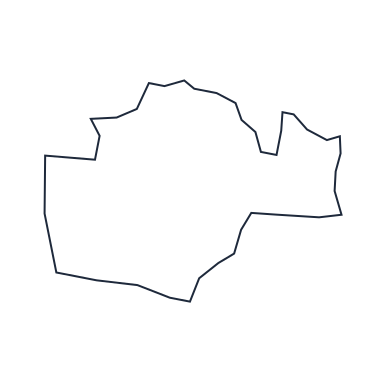 Uroševac, Mercator projection, rotated 191°
{"feature_id": "KOS-5913", "entity_name": "Uroševac", "entity_type": "District", "adm_level": 1, "iso_a3": "XKX", "parent_name": "Kosovo", "parent_adm1": "", "projection": "mercator", "projection_center": [21.096, 42.361], "detail": "fine", "context": "isolated", "style": "outline", "palette": "slate", "viewbox_px": 384, "rotation_deg": 191, "n_neighbors": 0, "source": "natural_earth", "source_scale": "10m", "svg_char_len": 633}
<svg xmlns="http://www.w3.org/2000/svg" viewBox="0 0 384 384"><g transform="rotate(191 192 192)"><path d="M186.7,293.8L166.2,287.6L157.1,272.2L141.2,263.0L132.0,244.5L116.1,244.5L116.1,269.2L118.4,287.6L107.0,287.6L91.0,275.3L69.5,268.7L57.5,274.9L53.5,258.2L54.9,239.6L52.2,220.2L40.9,198.2L62.4,191.4L104.7,185.9L129.8,182.8L136.6,164.3L138.9,139.6L152.6,127.3L168.5,108.7L173.1,84.0L193.6,84.0L227.8,90.2L268.8,87.1L309.8,87.1L332.6,142.7L343.1,199.7L293.4,205.2L293.4,229.5L305.3,244.5L280.2,250.7L262.0,263.0L255.1,290.7L239.2,290.7L220.9,300.0L209.5,293.8L186.7,293.8Z" fill="none" stroke="#1e293b" stroke-width="2"/></g></svg>